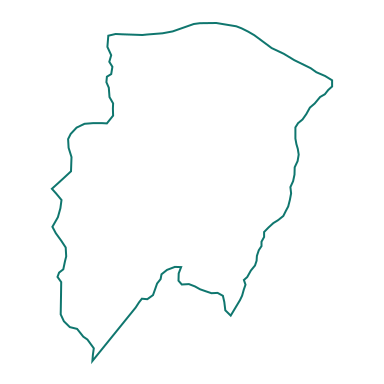 Praia Norte, Tocantins, Brazil
{"feature_id": "56859067B13207175256086", "entity_name": "Praia Norte", "entity_type": "district", "adm_level": 2, "iso_a3": "BRA", "parent_name": "Brazil", "parent_adm1": "Tocantins", "projection": "orthographic", "projection_center": [-47.779, -5.489], "detail": "fine", "context": "isolated", "style": "outline", "palette": "teal", "viewbox_px": 384, "rotation_deg": 0, "n_neighbors": 0, "source": "geoboundaries", "source_scale": "gbopen_adm2", "svg_char_len": 1714}
<svg xmlns="http://www.w3.org/2000/svg" viewBox="0 0 384 384"><path d="M92.4,361.0L135.7,307.5L139.0,302.4L141.9,298.7L147.3,299.2L153.0,295.1L154.9,289.8L157.1,283.5L160.6,279.1L161.5,274.3L167.0,269.9L174.9,266.9L181.1,267.1L178.7,273.4L178.5,280.7L181.8,284.5L188.9,284.1L194.9,286.4L200.1,289.3L206.1,291.4L211.5,293.2L217.6,292.9L222.9,295.8L224.3,302.0L225.3,310.3L230.7,315.6L240.0,300.1L242.1,295.7L243.8,289.6L245.5,284.7L243.9,280.0L247.2,277.1L250.9,270.5L255.0,265.5L256.6,260.7L256.9,255.9L258.8,250.2L261.5,246.1L261.5,241.7L264.1,237.0L264.1,232.0L268.5,227.5L273.3,223.1L277.9,220.3L283.3,216.0L285.9,210.8L288.2,206.5L289.9,199.8L291.1,193.4L290.4,187.1L293.1,181.2L294.5,174.6L294.7,167.3L297.6,161.1L298.7,154.6L297.8,148.9L296.4,144.1L295.4,138.6L295.4,132.4L295.4,127.4L298.1,123.1L302.5,119.5L306.3,114.1L309.9,107.6L314.7,103.5L320.1,97.0L324.9,94.2L328.2,90.0L332.1,86.5L332.1,80.3L325.1,76.0L316.3,72.2L310.7,68.2L294.2,60.1L283.8,53.8L271.7,48.1L254.3,35.2L248.1,31.6L241.5,28.3L236.3,26.3L216.3,23.0L199.9,23.2L193.8,24.0L172.7,31.4L162.5,33.3L147.2,34.5L142.3,35.0L122.3,34.3L115.6,34.0L108.3,35.7L107.4,46.9L111.2,55.2L109.3,61.8L112.4,66.8L111.2,74.1L106.9,76.7L106.4,82.2L108.8,87.7L109.5,97.1L113.1,103.4L112.9,108.5L113.1,115.6L106.9,123.4L101.4,123.1L93.5,123.1L84.5,123.8L76.6,127.6L70.7,133.9L68.1,139.1L68.6,147.8L71.5,157.1L71.0,171.3L62.7,179.0L51.9,188.8L56.3,193.7L61.5,200.0L60.4,208.2L57.9,217.2L52.4,226.8L55.8,233.2L61.3,240.8L65.7,247.5L66.2,256.4L65.0,261.2L63.3,269.3L59.1,272.6L57.5,276.9L61.2,282.1L61.0,296.3L60.7,314.4L63.9,321.3L69.8,327.1L77.1,328.9L83.3,336.7L87.4,339.5L93.8,348.3L92.9,354.8L92.4,361.0Z" fill="none" stroke="#0f766e" stroke-width="2"/></svg>